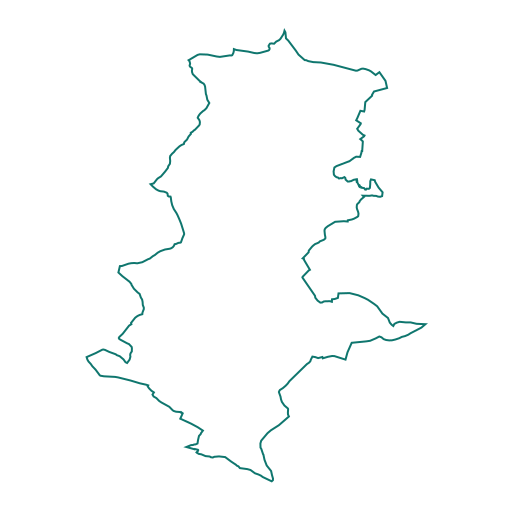 Budesti, Bistrita-Nasaud, Romania (Equal Earth projection)
{"feature_id": "2599482B13391469059037", "entity_name": "Budesti", "entity_type": "district", "adm_level": 2, "iso_a3": "ROU", "parent_name": "Romania", "parent_adm1": "Bistrita-Nasaud", "projection": "equal_earth", "projection_center": [24.229, 46.834], "detail": "fine", "context": "isolated", "style": "outline", "palette": "teal", "viewbox_px": 512, "rotation_deg": 0, "n_neighbors": 0, "source": "geoboundaries", "source_scale": "gbopen_adm2", "svg_char_len": 6042}
<svg xmlns="http://www.w3.org/2000/svg" viewBox="0 0 512 512"><path d="M271.7,481.3L272.9,480.2L273.0,478.6L272.0,475.1L271.1,471.0L266.7,465.5L264.5,459.8L263.4,454.6L263.1,454.3L261.3,448.9L260.5,447.6L260.4,443.5L261.2,440.7L267.5,433.2L270.9,430.3L278.9,425.2L288.9,416.5L288.0,414.5L287.9,412.7L288.1,409.1L287.9,408.5L284.4,405.5L281.9,401.9L281.0,399.3L280.5,396.6L279.1,392.7L278.9,392.0L279.3,391.0L279.9,390.0L282.9,388.1L285.7,385.7L287.7,383.6L289.4,381.2L306.9,364.1L309.0,362.7L310.3,361.3L310.9,359.5L312.4,356.6L315.3,357.1L318.1,358.1L322.4,357.0L322.8,358.3L327.9,356.8L332.1,356.0L334.4,356.1L345.5,359.6L347.5,352.3L351.7,342.8L366.0,341.4L370.1,340.8L375.7,338.4L379.3,336.5L381.5,337.3L383.6,339.1L386.1,340.0L389.2,340.4L392.0,340.3L395.4,339.5L399.3,338.2L401.8,336.9L405.0,336.1L408.3,334.7L410.6,333.2L421.4,327.6L425.4,324.2L416.5,323.8L410.6,322.4L405.8,322.4L399.6,321.8L396.9,322.6L394.4,323.9L393.3,326.0L391.6,324.7L389.8,322.6L388.0,318.0L382.4,313.6L377.2,306.3L374.2,304.0L368.0,299.8L364.7,298.1L358.3,295.3L349.6,293.1L338.5,293.4L337.9,297.9L334.7,299.0L332.0,299.3L331.9,301.8L331.3,301.7L330.8,301.3L329.5,301.2L325.2,301.3L323.7,301.5L322.1,302.5L320.3,302.6L317.6,300.6L315.3,297.7L315.0,295.8L302.4,277.5L302.6,276.8L308.7,270.5L309.9,269.8L304.1,260.0L304.0,259.0L302.7,258.4L308.6,252.3L308.8,250.6L312.1,246.6L313.4,245.4L315.2,244.0L316.6,243.5L318.8,242.5L319.8,241.4L323.8,239.8L325.3,238.5L325.4,237.2L324.9,234.8L324.5,230.8L324.7,229.4L325.6,228.0L327.8,226.2L335.1,221.8L343.8,221.2L347.7,221.5L347.8,220.3L351.8,219.5L354.0,218.7L357.5,216.8L358.2,216.1L358.5,213.7L358.1,211.8L357.0,208.9L356.7,207.3L356.9,204.9L357.4,204.0L359.3,202.2L359.6,201.3L361.0,199.5L364.0,196.9L362.9,195.7L369.6,195.8L372.1,195.4L373.5,195.8L376.2,195.9L378.0,196.6L380.2,196.8L382.1,196.1L382.6,192.3L378.6,187.6L375.2,181.9L374.7,180.2L371.0,179.4L370.3,181.2L370.2,184.5L369.9,187.9L368.9,188.8L366.6,188.7L366.0,189.6L365.2,189.6L364.1,188.1L361.3,187.7L361.3,187.1L360.0,186.6L359.6,186.9L359.1,186.3L358.9,185.6L359.4,185.2L359.0,184.9L358.5,184.8L357.4,182.5L356.8,182.2L356.6,180.9L357.2,180.8L356.9,179.2L353.7,179.8L350.9,181.2L350.1,181.2L349.2,181.5L347.7,181.5L345.6,179.6L345.3,177.9L344.4,177.1L341.9,178.3L340.8,178.1L339.0,178.5L337.9,177.5L336.5,177.2L335.0,176.1L333.9,174.7L333.6,171.4L334.4,167.5L336.5,166.1L349.6,161.1L353.9,157.9L356.2,156.7L360.1,156.9L361.3,153.1L361.7,151.0L362.2,151.0L362.8,142.1L362.8,141.4L361.7,140.3L360.3,139.1L364.1,136.3L364.5,135.5L362.9,134.8L358.3,130.7L357.2,128.8L360.6,124.1L360.8,123.3L356.2,120.3L357.3,118.1L360.4,110.8L364.1,111.5L364.6,109.8L365.3,102.1L372.1,95.7L372.0,94.9L374.0,91.5L387.1,88.0L385.5,80.9L379.4,72.2L375.6,75.0L371.0,71.4L369.0,70.3L365.6,69.1L363.0,68.6L361.4,68.8L357.4,70.6L355.9,70.7L333.6,64.8L320.9,62.5L313.2,62.1L308.2,61.1L306.2,60.2L304.7,60.1L298.5,54.6L295.8,50.6L288.2,40.5L286.0,38.4L285.4,32.3L284.5,30.7L284.0,32.7L283.2,34.6L280.4,38.9L279.0,40.2L276.2,41.6L274.1,43.7L271.3,43.4L269.9,43.7L268.6,45.8L268.7,46.7L269.6,48.1L269.5,49.3L269.0,50.1L268.2,50.6L259.9,52.9L257.1,53.3L254.2,53.0L248.2,51.6L236.4,50.0L233.9,49.1L233.8,51.2L233.3,53.1L232.2,55.2L231.3,55.5L229.9,55.4L219.9,56.9L216.7,56.5L207.7,54.6L199.8,54.3L197.6,54.9L188.6,60.2L189.5,61.2L190.0,63.1L190.1,63.8L189.6,65.4L189.7,66.0L190.3,66.9L191.8,67.9L192.2,68.8L191.9,70.8L192.1,72.3L192.8,74.2L199.6,80.9L201.3,82.2L201.1,82.3L203.6,83.6L204.6,85.1L205.1,86.7L205.9,94.0L206.5,95.6L207.3,99.7L209.3,103.0L206.4,108.2L204.4,110.2L203.1,111.0L200.4,113.4L199.4,114.6L198.3,116.3L197.7,117.8L199.2,119.8L199.7,121.1L199.9,122.2L199.7,124.4L199.2,125.3L194.9,129.8L194.0,130.3L192.5,131.8L191.0,132.6L190.7,132.9L190.9,133.9L188.6,136.5L187.0,139.6L184.6,141.9L184.2,142.5L183.9,144.0L181.5,145.0L179.5,146.3L175.6,149.9L173.9,152.1L172.1,153.7L170.2,156.0L169.9,157.8L170.2,161.0L169.9,163.8L168.2,166.3L167.9,167.9L165.1,171.6L161.0,176.4L158.1,178.2L157.0,179.2L153.7,183.4L150.6,184.2L152.8,186.5L156.1,189.3L158.5,190.6L160.3,191.2L163.9,191.6L166.7,192.7L167.5,193.6L167.8,195.8L168.8,196.5L170.5,196.6L170.8,197.5L171.3,201.4L172.2,205.2L173.8,209.0L176.4,213.0L177.5,215.1L179.4,219.4L181.1,223.6L183.3,230.6L184.1,233.3L184.1,234.4L182.4,238.2L181.0,242.2L180.6,242.6L178.3,242.9L176.2,243.9L174.6,244.2L174.0,245.7L172.8,247.2L171.3,248.2L169.9,248.7L165.0,249.5L160.3,251.2L157.7,252.7L154.9,255.0L152.8,256.2L149.8,258.6L148.1,259.2L142.3,262.2L137.3,263.3L134.2,263.0L131.1,263.2L128.5,263.7L121.9,266.0L119.9,266.1L118.4,272.5L122.3,276.1L129.6,281.8L131.3,283.9L131.5,284.8L133.9,288.7L137.6,292.4L139.6,293.9L140.9,297.6L142.1,299.5L142.6,301.9L142.8,305.0L143.8,307.6L143.8,309.1L142.5,312.5L142.3,314.2L139.8,314.9L137.5,316.0L135.2,317.7L131.0,323.0L131.4,324.2L129.1,325.6L122.7,333.8L119.3,337.0L118.8,338.0L119.2,338.9L120.4,339.7L127.1,343.3L129.0,344.1L131.7,347.0L131.9,348.4L131.8,351.5L130.9,352.7L130.3,354.0L130.2,355.3L130.4,356.7L129.6,359.6L127.1,363.0L125.5,362.2L123.5,359.4L119.7,356.2L116.7,355.1L115.8,354.3L109.2,351.9L105.0,349.9L103.3,349.5L102.3,349.7L95.7,353.1L86.6,357.1L87.4,359.6L88.5,361.5L90.8,364.0L92.3,366.2L95.6,369.7L99.7,375.2L100.4,375.7L103.9,376.3L115.1,376.9L118.0,377.4L130.5,380.5L139.8,383.3L146.1,384.7L148.2,385.4L147.7,386.4L149.1,388.4L151.5,390.8L153.9,392.4L152.5,394.6L153.6,396.5L156.4,398.1L159.1,400.9L161.3,402.4L169.3,406.8L172.7,410.3L173.8,411.0L176.0,411.7L179.8,412.0L181.0,412.6L181.2,412.2L182.7,413.3L180.3,418.7L191.0,423.6L197.7,427.2L202.9,430.6L200.9,433.3L200.7,434.1L199.0,435.9L198.0,440.2L197.5,443.5L195.6,444.4L194.1,444.5L193.0,445.0L191.1,445.1L186.4,447.0L194.6,449.3L194.8,449.0L198.0,449.8L198.2,450.1L197.9,451.0L196.5,452.4L196.8,452.7L198.8,453.9L201.3,454.3L205.5,456.1L209.7,456.5L210.8,457.2L212.8,457.5L214.3,456.8L219.0,456.4L225.2,457.1L231.2,461.6L236.0,464.8L236.9,465.7L238.4,466.3L239.9,468.1L247.3,469.1L250.5,470.0L255.0,473.3L258.5,474.5L261.0,475.7L262.7,477.0L271.7,481.3Z" fill="none" stroke="#0f766e" stroke-width="2"/></svg>